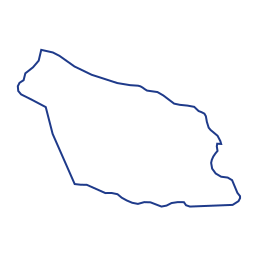 SVG path tracing the border of Adjumani, rotated 86°
{"feature_id": "UGA-3079", "entity_name": "Adjumani", "entity_type": "District", "adm_level": 1, "iso_a3": "UGA", "parent_name": "Uganda", "parent_adm1": "", "projection": "natural_earth1", "projection_center": [31.782, 3.228], "detail": "fine", "context": "isolated", "style": "outline", "palette": "blue", "viewbox_px": 256, "rotation_deg": 86, "n_neighbors": 0, "source": "natural_earth", "source_scale": "10m", "svg_char_len": 1025}
<svg xmlns="http://www.w3.org/2000/svg" viewBox="0 0 256 256"><g transform="rotate(86 128 128)"><path d="M203.8,21.0L205.8,21.1L208.7,22.9L212.0,29.0L210.7,71.7L209.1,75.5L205.9,77.4L205.4,83.5L205.9,89.8L208.1,95.0L208.7,100.1L203.7,110.8L203.1,117.0L204.4,123.4L202.9,129.0L200.2,134.3L197.1,139.1L193.3,143.1L191.7,148.8L191.3,155.2L181.8,173.1L181.3,179.1L180.2,185.1L128.6,203.6L101.4,208.6L93.4,221.5L87.0,232.3L83.4,234.9L78.6,235.0L75.3,233.0L73.0,228.8L66.3,226.6L60.8,218.5L54.6,212.4L44.0,209.1L47.4,197.7L51.2,191.4L62.9,177.1L72.4,160.5L75.5,152.7L82.4,135.6L85.4,123.0L86.5,115.0L87.3,112.7L88.7,110.6L90.4,108.6L92.0,106.4L94.2,96.1L98.0,90.5L106.9,80.3L108.5,74.7L109.8,67.1L111.5,60.5L116.0,56.4L117.3,53.6L119.0,50.8L121.7,49.5L127.4,48.9L133.3,47.5L135.8,45.7L142.0,39.2L147.5,36.8L150.4,36.2L149.9,40.1L152.5,40.7L157.1,40.3L159.5,42.6L162.4,44.9L165.6,46.6L168.6,47.5L174.4,46.9L179.5,43.7L183.1,38.5L184.4,32.0L187.3,27.8L200.3,23.4L203.8,21.0Z" fill="none" stroke="#1e3a8a" stroke-width="2"/></g></svg>